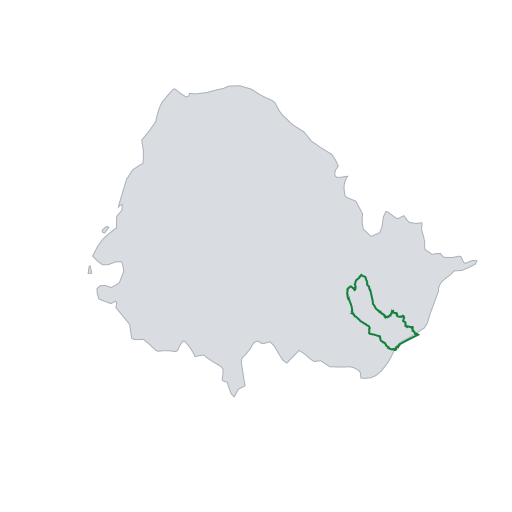 location of Kaoh Nheaek, Môndól Kiri, Cambodia, rotated 42°
{"feature_id": "14789045B36010441751176", "entity_name": "Kaoh Nheaek", "entity_type": "district", "adm_level": 2, "iso_a3": "KHM", "parent_name": "Cambodia", "parent_adm1": "Môndól Kiri", "projection": "albers", "projection_center": [106.949, 13.127], "detail": "fine", "context": "in_parent", "style": "outline", "palette": "green", "viewbox_px": 512, "rotation_deg": 42, "n_neighbors": 0, "source": "geoboundaries", "source_scale": "gbopen_adm2", "svg_char_len": 8149}
<svg xmlns="http://www.w3.org/2000/svg" viewBox="0 0 512 512"><g transform="rotate(42 256 256)"><path d="M423.4,111.7L424.4,115.4L421.7,122.4L418.8,128.8L413.3,134.4L413.1,138.5L411.2,150.7L411.9,154.6L413.2,157.9L415.0,159.7L419.8,171.7L424.1,182.5L428.4,191.5L429.2,197.1L425.3,211.4L420.7,224.6L421.2,231.2L423.1,237.7L425.3,246.5L426.1,257.6L425.0,264.9L422.9,269.5L418.9,274.1L415.5,276.5L411.3,272.6L408.0,272.4L403.5,273.6L400.0,275.4L392.9,282.2L385.0,288.9L374.0,290.6L369.8,295.5L365.2,296.2L356.5,296.4L350.9,297.5L351.1,300.0L350.6,311.7L350.7,314.4L349.9,315.1L345.9,315.5L339.3,313.7L330.3,310.8L323.9,310.3L320.6,315.4L318.6,317.3L316.2,317.6L313.7,318.5L312.8,320.8L312.6,323.6L313.8,328.5L314.2,336.2L313.9,341.5L316.2,344.8L329.9,356.1L334.0,358.9L334.5,360.6L332.0,366.6L334.1,375.2L329.8,375.0L322.6,371.3L319.2,369.1L315.0,370.9L313.6,370.5L310.8,366.3L307.1,362.0L303.3,361.7L295.3,363.3L287.1,364.5L284.0,364.4L282.7,365.2L277.9,371.6L275.9,370.4L267.6,368.0L260.1,367.0L258.5,368.6L259.4,373.8L261.0,378.9L260.0,381.1L255.9,383.7L250.4,388.5L247.0,392.3L244.6,393.2L236.3,392.9L228.0,393.3L224.6,396.8L221.4,399.6L218.7,400.3L207.9,391.4L186.4,388.1L184.1,384.2L182.0,383.5L180.0,388.5L168.1,393.1L163.2,390.2L159.6,386.6L160.2,382.3L163.6,378.8L169.6,376.3L172.4,367.5L168.1,356.1L164.2,352.7L160.1,350.1L155.7,354.2L151.9,361.4L148.0,365.1L142.6,365.8L134.7,365.4L131.8,354.6L130.9,345.3L132.2,334.8L133.5,328.5L126.0,319.8L125.7,311.6L122.1,307.3L121.0,309.4L121.1,311.7L120.0,310.0L108.5,285.7L106.7,274.5L108.9,265.9L110.1,263.1L106.7,258.5L102.0,253.2L93.5,246.3L93.1,235.7L91.5,223.0L89.0,218.8L85.2,210.9L83.2,204.5L82.8,187.5L83.9,186.1L89.9,185.8L97.7,184.7L99.0,182.0L97.7,179.7L102.7,175.9L109.9,167.6L115.6,158.9L119.6,153.4L122.1,147.9L130.1,140.3L141.2,135.0L148.7,133.9L156.5,132.1L164.0,129.6L167.5,129.4L176.7,132.7L181.7,133.6L186.9,133.6L192.4,134.0L197.1,133.7L208.4,131.7L220.4,133.5L231.2,132.2L244.5,129.8L251.0,131.5L256.9,134.1L257.7,139.3L259.0,141.6L261.0,143.5L263.6,143.5L267.1,139.9L269.9,136.2L270.8,135.5L271.0,137.4L272.3,141.4L274.8,145.4L277.4,148.0L281.6,151.6L284.4,151.7L293.5,148.5L307.1,153.4L308.7,155.8L313.1,160.7L317.8,164.2L328.4,164.5L332.3,155.9L330.4,150.6L324.4,141.4L322.8,136.0L324.7,135.1L335.0,134.1L336.6,133.0L338.9,127.1L341.7,127.8L347.4,128.6L353.4,124.5L357.0,120.3L358.9,122.2L361.0,125.2L363.3,126.9L367.7,129.5L372.4,133.1L375.4,136.7L377.7,138.1L383.8,137.1L385.5,137.2L389.0,132.9L391.5,130.6L393.6,131.2L396.6,131.2L403.0,125.7L406.6,120.7L408.6,119.3L414.3,121.8L416.6,121.3L419.8,114.4L423.4,111.7ZM128.0,340.3L126.8,340.9L125.7,340.9L124.5,339.9L124.7,336.0L125.6,333.6L127.5,333.2L128.0,340.3ZM145.4,378.7L143.0,381.3L139.2,375.8L139.3,374.3L145.4,378.7Z" fill="#d9dde1" stroke="#a8b0b8" stroke-width="1"/><path d="M364.0,232.7L364.3,232.5L364.8,233.4L365.0,233.5L365.2,233.4L365.6,233.5L365.8,233.5L366.1,233.7L366.2,233.9L366.3,233.9L366.5,233.8L366.8,233.8L367.0,233.9L366.8,234.1L367.2,234.0L367.5,234.2L367.9,234.2L368.2,234.0L368.3,234.1L368.6,234.3L369.0,234.4L369.2,234.6L369.5,234.7L370.1,234.6L370.7,234.3L371.8,234.2L372.8,234.2L373.5,234.3L375.1,234.2L376.4,234.4L377.1,234.5L379.9,233.9L381.6,233.8L382.4,233.5L382.8,233.2L383.2,233.3L383.5,233.2L384.1,233.3L385.0,233.2L386.8,232.6L388.8,233.4L389.0,233.8L388.9,234.5L390.8,236.3L391.1,236.7L391.3,237.3L391.7,237.6L391.9,237.7L392.6,237.7L393.5,237.0L394.9,236.4L395.8,235.7L397.4,234.9L398.4,234.5L400.7,233.4L401.3,232.9L401.8,232.8L402.0,232.8L402.3,233.0L402.4,233.5L402.5,233.7L402.6,233.8L403.6,234.0L403.9,234.3L404.8,235.1L405.2,235.3L405.9,235.3L406.3,235.1L407.2,235.0L407.3,235.0L407.7,235.2L408.0,235.2L408.2,234.9L408.5,235.0L408.6,234.9L408.9,234.8L409.1,234.6L410.1,234.4L410.3,234.7L411.6,234.8L412.2,235.1L412.4,235.4L413.1,235.5L414.1,235.4L414.6,235.2L415.1,235.0L415.3,235.0L415.5,235.1L415.8,235.9L416.8,235.6L417.0,235.4L417.3,235.5L417.6,235.4L418.0,235.2L418.4,235.0L418.7,234.8L419.1,234.7L419.6,234.4L420.4,233.0L421.3,233.0L421.7,232.7L421.9,232.8L422.0,233.0L422.1,232.9L422.1,232.6L422.3,232.6L422.5,232.3L422.2,232.1L422.1,231.8L421.9,231.8L421.9,231.6L422.1,231.4L421.9,231.3L422.0,230.9L421.6,230.5L421.4,230.4L421.4,230.1L421.6,230.0L421.4,229.8L421.6,229.6L421.5,229.2L421.5,228.7L422.1,228.4L422.5,228.4L422.2,227.9L422.2,227.6L422.1,227.4L422.2,227.1L422.3,226.7L421.8,226.5L421.9,225.9L421.8,225.5L421.8,225.3L422.0,225.1L422.0,224.9L425.5,215.2L429.1,206.2L428.8,206.3L428.6,206.0L428.4,206.0L427.9,206.1L427.7,206.2L427.8,206.5L427.7,206.7L427.1,206.9L426.8,207.4L426.6,207.5L426.0,207.2L425.7,206.9L425.1,206.8L424.5,206.4L423.4,206.7L423.2,206.7L423.0,206.3L422.8,206.2L422.4,206.6L422.2,206.7L421.9,206.2L421.5,205.9L421.4,205.6L420.9,205.1L420.4,204.3L420.0,204.0L419.9,204.1L419.5,204.4L419.4,204.7L419.4,205.2L419.2,205.2L418.8,205.0L418.6,205.2L418.6,205.5L418.4,205.6L417.6,205.8L417.0,206.0L416.3,206.5L416.0,206.6L415.9,206.7L416.1,207.2L416.1,207.4L415.9,207.4L415.4,207.2L415.3,207.4L415.3,207.7L415.2,207.8L414.6,207.6L413.8,208.0L413.1,207.3L413.0,206.7L412.2,206.2L411.9,205.6L411.7,205.4L411.4,205.4L410.5,205.4L410.1,205.5L409.9,205.8L409.3,205.9L408.7,205.8L408.5,205.5L407.6,203.3L407.2,202.5L406.8,202.2L406.5,202.2L405.7,201.9L405.1,202.1L404.9,202.5L405.1,203.3L405.1,203.6L405.0,203.9L404.8,204.1L403.9,204.3L403.7,204.5L403.3,205.2L402.0,205.9L400.9,206.0L400.4,206.0L399.9,205.6L399.9,205.1L399.8,204.8L399.0,204.4L398.6,204.4L398.2,204.5L397.6,205.4L396.5,205.9L396.0,205.9L395.5,205.8L395.0,205.4L394.8,205.1L394.6,205.0L394.5,205.3L394.7,205.5L394.2,205.7L394.1,205.8L394.4,206.2L394.5,206.4L394.1,206.5L394.5,206.6L394.6,206.9L394.4,206.8L394.5,207.0L394.9,207.2L394.8,207.6L394.9,207.9L395.2,208.1L395.3,208.2L395.4,208.3L395.3,208.8L395.2,209.2L395.6,209.6L395.3,209.5L395.2,209.6L395.3,209.8L395.6,210.0L395.7,210.3L395.4,210.6L395.2,210.6L395.2,210.8L395.4,210.8L395.2,211.1L395.1,211.5L395.0,211.9L394.9,212.0L395.0,212.2L395.1,212.3L394.9,212.5L395.0,212.9L394.7,213.3L394.4,213.3L394.4,213.5L394.1,213.5L393.7,213.8L393.7,214.0L393.4,214.4L393.2,214.4L392.9,214.6L392.9,214.8L392.7,214.9L392.8,215.0L392.7,215.0L392.3,215.0L392.2,215.0L391.9,214.8L391.9,214.7L391.8,214.4L391.6,214.4L391.6,214.2L391.4,214.2L391.1,214.1L390.8,214.1L390.7,214.2L390.5,214.3L390.4,214.3L390.3,214.2L390.2,214.1L389.9,214.0L389.6,214.2L389.3,214.2L388.8,214.5L388.6,214.5L388.2,214.7L387.7,214.4L387.4,214.4L387.1,214.3L386.9,214.4L386.8,214.5L386.3,214.8L386.2,214.8L386.1,214.7L386.1,214.8L385.8,214.8L385.7,214.9L385.2,215.0L385.0,214.9L384.6,214.9L384.0,214.6L383.7,214.7L383.4,214.6L382.9,214.9L382.3,214.8L381.2,214.9L380.7,214.9L378.7,214.4L378.4,214.1L376.1,213.5L375.1,213.4L374.9,213.3L372.8,211.3L363.8,204.9L363.5,205.2L363.3,205.2L362.8,204.7L362.2,204.3L361.6,204.2L360.5,203.0L359.7,203.0L358.9,203.2L358.7,203.1L358.3,203.1L357.9,202.8L357.6,202.8L357.4,202.7L357.4,202.4L356.5,201.4L356.1,201.0L355.2,200.5L354.5,200.3L354.0,200.1L351.7,198.6L351.4,198.5L350.6,198.6L349.4,199.2L348.7,199.4L346.9,199.6L347.0,200.4L346.9,200.7L347.1,201.1L347.0,201.6L347.1,202.0L346.9,202.2L347.2,202.6L347.1,202.9L347.3,203.6L347.2,204.1L346.9,204.9L346.9,205.9L346.6,206.7L346.7,207.3L346.9,207.6L347.0,208.2L347.6,209.0L347.9,209.7L348.1,210.0L348.1,210.5L348.2,210.9L349.0,211.3L349.7,211.6L350.2,211.8L350.7,212.3L351.3,213.0L351.7,213.6L352.0,214.3L352.2,215.0L352.1,215.3L351.6,215.2L351.4,215.1L351.2,215.3L350.2,214.9L350.1,214.7L350.0,214.9L349.7,214.9L349.4,215.0L349.1,215.0L348.3,215.0L347.1,214.9L346.8,215.1L346.6,215.6L346.5,215.9L346.5,216.4L346.3,216.7L346.1,217.5L346.3,217.9L346.3,218.4L346.1,218.8L346.2,219.2L346.3,219.3L346.2,219.5L346.5,220.0L346.9,220.2L347.1,220.3L347.3,220.5L347.5,220.8L347.5,221.1L347.8,221.3L348.3,222.0L348.8,222.9L349.3,223.2L349.7,223.3L350.4,223.7L350.5,224.3L350.6,224.5L351.2,225.0L351.3,225.2L351.2,225.2L351.9,225.2L352.1,225.4L352.2,225.5L352.3,225.4L352.3,225.6L352.5,225.6L352.8,225.9L353.0,226.0L353.0,225.9L353.4,225.7L353.8,225.7L354.0,225.8L356.4,227.2L358.5,228.2L360.7,229.5L362.7,231.0L363.5,231.8L364.0,232.7Z" fill="none" stroke="#15803d" stroke-width="2"/></g></svg>